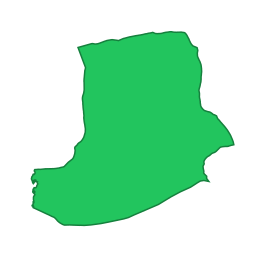 Abs, Hajjah, Yemen, rotated 354°
{"feature_id": "15242507B78057914295959", "entity_name": "Abs", "entity_type": "district", "adm_level": 2, "iso_a3": "YEM", "parent_name": "Yemen", "parent_adm1": "Hajjah", "projection": "orthographic", "projection_center": [43.036, 16.018], "detail": "fine", "context": "isolated", "style": "filled", "palette": "green", "viewbox_px": 256, "rotation_deg": 354, "n_neighbors": 0, "source": "geoboundaries", "source_scale": "gbopen_adm2", "svg_char_len": 5642}
<svg xmlns="http://www.w3.org/2000/svg" viewBox="0 0 256 256"><g transform="rotate(354 128 128)"><path d="M31.0,159.6L30.5,160.2L30.3,161.0L30.8,161.6L30.9,162.7L30.6,163.6L30.2,164.1L29.7,164.4L29.3,164.2L29.0,164.0L28.6,164.5L28.5,165.0L28.2,165.3L27.9,165.9L27.2,166.6L27.1,167.0L26.8,167.9L26.8,168.1L26.6,168.5L26.9,169.7L27.2,170.1L27.2,170.4L27.4,170.9L27.3,171.3L27.5,172.4L27.6,172.6L27.7,172.1L27.7,171.4L28.0,171.3L28.4,170.5L29.0,170.2L29.6,169.9L30.3,170.0L30.8,170.1L30.9,170.4L30.5,170.9L30.1,171.0L29.8,171.1L29.2,171.3L28.8,171.8L28.3,172.1L28.3,172.4L28.2,172.7L28.4,173.1L28.8,172.7L29.0,172.2L29.7,171.7L30.6,171.5L31.0,171.4L32.1,172.0L31.8,172.2L31.9,172.8L32.2,173.6L32.4,173.8L32.3,174.5L31.7,175.2L31.3,175.8L31.0,176.7L30.2,177.7L29.1,177.7L28.5,177.5L28.1,177.9L27.7,179.2L27.2,179.1L27.1,179.7L26.9,180.5L26.8,180.8L26.8,181.1L26.6,181.4L26.7,181.9L27.4,181.5L27.4,181.2L27.6,180.8L27.9,180.7L28.2,180.9L28.5,181.3L28.7,181.6L28.6,182.1L28.4,182.6L27.5,182.5L27.5,183.1L28.4,184.5L27.9,185.4L27.1,186.0L26.7,187.2L26.5,189.1L26.5,189.9L26.8,190.8L26.4,191.2L25.9,191.5L25.9,191.9L26.3,191.9L26.6,192.1L26.6,192.4L26.4,192.6L26.0,192.5L25.8,193.3L25.6,193.5L25.6,194.1L25.6,194.8L25.2,195.1L24.7,194.8L24.5,195.1L24.5,195.4L24.6,195.6L24.9,195.7L25.5,195.9L25.9,196.1L25.8,196.4L25.8,196.7L25.4,196.9L25.3,197.2L25.9,197.6L30.8,200.5L38.4,205.1L40.0,206.0L43.3,208.1L45.0,209.0L45.7,209.6L46.5,210.6L47.3,211.6L48.2,213.0L49.2,214.1L50.1,215.0L52.8,217.0L54.6,217.9L59.8,218.3L63.2,218.8L69.0,219.6L69.5,219.7L70.3,219.7L74.3,220.3L80.9,220.5L91.1,220.2L98.9,219.5L110.6,218.3L114.4,217.9L119.0,217.1L124.9,215.1L150.3,207.2L163.4,201.0L173.5,196.9L184.0,193.4L188.0,191.4L191.1,189.8L194.4,188.3L198.0,188.1L202.8,189.6L201.4,187.2L200.9,186.5L201.2,184.2L199.2,181.8L198.6,180.9L198.7,179.9L198.9,178.9L198.8,178.0L198.6,175.9L198.6,174.9L198.6,173.9L200.0,171.7L199.9,170.5L199.9,169.7L200.1,169.0L200.7,168.0L201.3,167.2L202.1,166.4L203.0,165.6L203.8,165.0L204.7,164.5L205.8,164.1L206.8,163.5L207.6,162.9L208.4,162.3L209.2,161.9L210.4,161.6L211.6,161.3L212.6,160.8L213.4,160.3L215.2,158.8L216.0,158.2L216.9,157.4L217.8,156.8L218.9,156.6L219.8,156.5L220.8,156.5L221.8,156.5L222.7,156.5L223.7,156.6L224.7,156.7L225.7,156.7L226.9,156.4L227.9,156.2L228.9,156.0L229.9,155.9L230.9,155.8L231.5,155.7L231.4,154.9L231.3,154.0L231.2,153.0L230.7,150.9L230.2,149.2L229.8,148.0L229.5,147.0L229.5,146.9L229.2,146.1L228.8,145.1L228.4,144.2L226.6,140.5L225.5,138.7L225.0,137.8L224.4,136.9L223.8,136.0L223.1,135.0L222.4,134.1L221.9,133.3L221.3,132.5L220.7,131.7L220.2,130.9L219.6,129.9L218.8,128.9L218.1,128.0L217.3,125.2L215.5,124.0L214.2,123.5L213.4,122.6L212.5,121.8L211.7,121.1L210.8,120.6L209.8,120.3L208.9,120.0L207.8,119.5L206.0,118.7L205.2,118.0L204.5,117.2L203.8,116.2L203.3,115.3L202.8,114.3L202.6,113.4L202.6,112.4L202.5,110.7L202.5,110.1L202.6,109.1L202.5,108.1L202.5,106.9L202.3,105.9L202.3,104.9L202.3,103.9L202.5,102.9L202.6,101.9L202.7,100.8L202.6,99.8L202.5,98.7L202.5,97.7L202.8,96.8L203.2,95.7L203.6,94.8L204.0,93.7L204.7,91.3L205.1,90.3L205.4,89.2L205.6,88.1L205.8,87.1L205.9,85.9L206.0,85.0L206.2,83.9L206.5,82.9L206.6,82.0L206.9,80.8L207.1,79.8L207.2,78.8L207.2,77.9L207.3,76.9L207.3,75.9L207.3,74.7L207.2,72.7L206.7,70.5L206.4,69.3L206.0,68.4L205.7,67.5L205.4,66.5L205.0,65.4L204.7,64.3L204.6,63.2L204.7,62.2L204.7,61.2L204.9,60.2L205.2,59.2L205.5,58.2L205.4,57.2L205.1,55.3L201.2,53.2L200.6,52.4L200.0,51.6L199.5,50.7L199.1,49.8L198.8,48.9L198.4,47.9L198.1,47.0L197.9,46.0L197.5,45.1L197.1,44.2L196.8,43.3L196.4,42.3L196.0,41.4L195.5,40.6L194.9,39.7L194.2,39.1L193.3,38.8L192.3,38.6L191.3,38.3L190.4,38.2L189.3,38.1L188.2,38.0L187.1,37.9L186.2,37.9L185.1,37.7L184.2,37.6L183.2,37.4L182.2,37.1L181.2,36.8L180.1,36.7L179.1,36.7L177.9,36.8L176.9,36.8L175.6,36.8L174.4,36.9L173.0,37.1L171.9,37.3L170.8,37.4L169.7,37.4L168.5,37.3L167.5,37.3L166.2,37.1L165.2,36.9L164.3,36.5L163.4,35.9L162.5,35.5L161.5,35.7L160.6,35.8L159.6,35.9L158.5,35.9L157.6,36.0L156.6,36.2L155.5,36.2L154.4,36.3L153.2,36.5L152.2,36.6L151.2,36.7L150.1,36.8L148.0,36.9L146.8,37.0L145.8,37.0L142.5,37.3L141.4,37.4L140.2,37.5L139.0,37.6L137.6,37.8L136.4,38.0L135.2,38.2L133.9,38.4L132.9,38.5L127.6,40.1L126.5,39.7L121.5,38.5L120.5,38.5L119.1,38.6L117.4,38.7L116.1,38.8L114.9,39.1L113.4,39.4L112.3,39.7L111.3,40.0L110.3,40.2L109.4,40.5L107.1,41.0L106.2,41.1L105.1,41.1L104.1,41.1L103.1,40.8L102.2,40.5L101.2,40.3L100.2,40.4L86.7,42.7L92.1,63.5L91.8,64.5L91.5,65.4L91.1,66.3L90.9,67.4L90.7,68.4L90.5,69.4L90.1,71.4L89.9,72.5L89.5,74.4L89.2,76.3L89.1,77.3L89.1,78.3L89.0,79.3L88.9,80.4L88.8,81.5L88.7,82.6L88.6,83.6L88.5,84.6L88.4,85.6L87.8,87.9L87.5,88.9L87.1,89.8L86.7,90.7L86.3,91.6L86.0,92.6L85.8,93.5L85.7,94.5L85.7,95.5L85.7,96.5L85.8,97.6L85.7,98.5L85.6,99.6L85.6,100.8L85.5,102.9L85.5,103.9L85.5,104.8L85.6,106.9L85.5,108.0L85.5,109.0L85.5,111.2L85.3,112.2L85.1,113.2L85.1,114.3L85.1,116.4L85.2,118.5L85.3,119.5L85.4,120.6L85.4,121.6L85.5,123.7L85.5,124.7L85.3,125.8L85.2,126.8L85.0,127.8L84.7,128.7L84.2,129.8L83.8,130.8L83.4,131.8L82.9,132.8L82.1,133.9L81.5,134.7L80.8,135.5L80.1,136.2L79.3,136.8L78.4,137.2L77.5,137.7L76.7,138.3L76.0,139.0L75.4,139.8L73.5,141.1L72.9,142.3L73.1,144.7L72.9,145.6L72.5,147.5L72.1,148.6L71.7,149.5L71.3,150.5L70.8,151.4L70.3,152.2L69.6,153.0L65.1,155.8L60.5,159.7L59.5,160.0L58.5,160.1L57.5,160.2L56.5,160.3L55.4,160.6L54.4,160.6L52.3,160.7L51.3,160.7L50.2,160.7L49.1,160.6L47.2,160.5L46.2,160.4L45.1,160.3L44.1,160.2L43.0,160.1L42.3,160.1L42.0,160.0L41.0,160.0L38.9,160.0L36.8,160.0L34.4,159.7L33.3,159.7L32.3,159.7L31.2,159.6L31.0,159.6Z" fill="#22c55e" stroke="#15803d" stroke-width="1.5"/></g></svg>